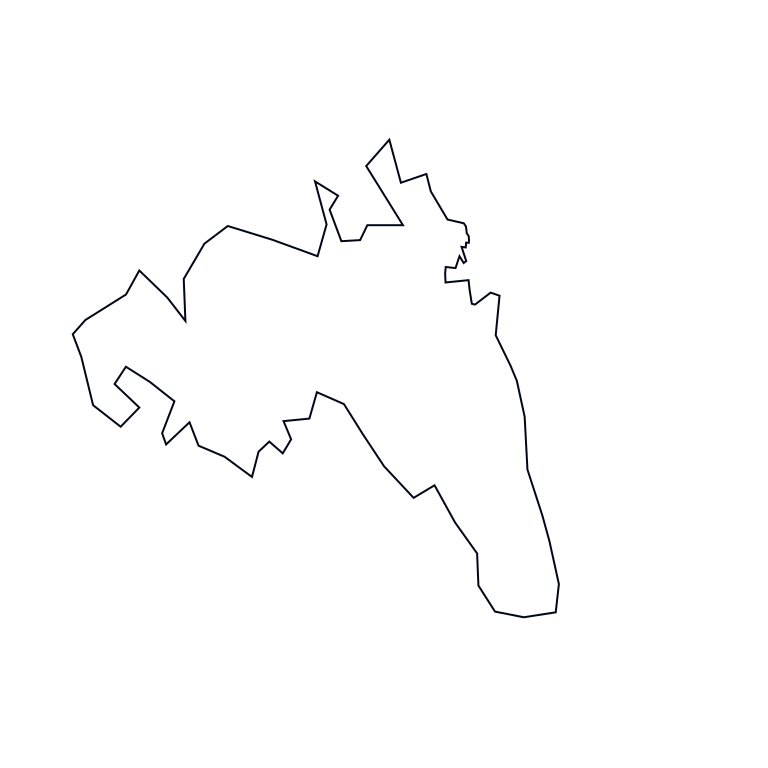 Yukarichirchik, Tashkent, Uzbekistan, rotated 128°
{"feature_id": "79887680B57714411837097", "entity_name": "Yukarichirchik", "entity_type": "district", "adm_level": 2, "iso_a3": "UZB", "parent_name": "Uzbekistan", "parent_adm1": "Tashkent", "projection": "albers", "projection_center": [69.455, 41.216], "detail": "fine", "context": "isolated", "style": "outline", "palette": "ink", "viewbox_px": 768, "rotation_deg": 128, "n_neighbors": 0, "source": "geoboundaries", "source_scale": "gbopen_adm2", "svg_char_len": 1222}
<svg xmlns="http://www.w3.org/2000/svg" viewBox="0 0 768 768"><g transform="rotate(128 384 384)"><path d="M324.2,515.0L339.0,560.6L355.7,604.4L384.0,611.9L424.5,606.5L456.6,579.3L449.3,608.0L445.2,646.7L472.3,642.4L517.3,658.7L536.4,659.9L549.0,639.2L579.8,600.2L579.8,565.2L553.2,562.3L549.9,596.3L529.3,598.0L526.5,569.6L526.7,538.5L559.4,528.5L565.8,518.5L533.9,513.7L546.8,492.1L539.5,465.0L538.5,430.8L514.5,441.2L500.0,438.9L501.0,421.1L484.8,423.1L475.1,440.3L457.2,421.5L431.8,431.8L424.5,403.2L436.6,369.7L448.8,333.3L455.5,290.6L432.7,281.8L449.4,242.7L460.2,206.3L484.7,185.5L495.0,156.4L481.8,130.3L458.2,108.1L434.0,123.0L405.9,157.0L390.1,178.3L363.1,218.3L323.2,253.0L299.7,281.3L291.6,295.7L276.8,326.0L243.3,347.3L246.3,356.2L265.4,361.2L266.7,364.2L257.1,374.5L250.1,381.3L266.1,398.0L259.5,403.7L253.8,407.4L248.6,399.0L236.8,403.2L239.6,395.7L236.5,394.9L228.2,407.3L226.1,403.7L222.0,406.3L220.6,404.1L218.9,405.1L215.3,408.3L214.3,411.5L209.5,416.3L208.2,420.0L215.3,435.2L203.4,465.7L192.4,479.9L215.0,494.6L188.2,530.2L223.2,532.2L247.2,466.8L269.1,494.9L285.3,491.4L297.7,505.5L280.1,534.2L263.9,536.1L266.8,563.1L293.6,527.5L324.2,515.0Z" fill="none" stroke="#020617" stroke-width="2"/></g></svg>